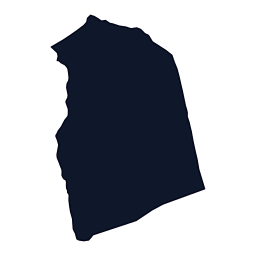 Ar Rusayris, Blue Nile, Sudan (Natural Earth projection)
{"feature_id": "16777658B20285079264513", "entity_name": "Ar Rusayris", "entity_type": "district", "adm_level": 2, "iso_a3": "SDN", "parent_name": "Sudan", "parent_adm1": "Blue Nile", "projection": "natural_earth1", "projection_center": [34.492, 12.166], "detail": "fine", "context": "isolated", "style": "filled", "palette": "ink", "viewbox_px": 256, "rotation_deg": 0, "n_neighbors": 0, "source": "geoboundaries", "source_scale": "gbopen_adm2", "svg_char_len": 1490}
<svg xmlns="http://www.w3.org/2000/svg" viewBox="0 0 256 256"><path d="M90.5,15.4L88.3,17.6L87.6,18.3L86.9,22.2L84.0,25.5L76.7,31.0L73.4,33.3L70.1,35.6L63.0,40.3L61.5,41.2L51.6,46.9L51.5,47.0L53.8,49.1L57.7,52.9L58.3,56.7L58.0,57.5L57.4,60.4L59.0,60.6L60.3,61.8L61.1,62.6L65.1,64.7L66.8,66.6L68.1,68.9L68.8,73.6L69.2,77.8L68.9,80.5L67.2,83.8L66.8,87.6L68.0,93.6L68.3,95.5L67.8,98.1L66.4,100.6L66.1,102.2L68.5,109.1L68.5,113.8L68.1,116.3L65.1,120.0L62.3,125.2L61.8,126.4L58.4,130.9L57.0,133.9L56.1,135.3L56.0,136.2L57.6,140.2L58.9,145.0L57.6,151.9L57.1,154.8L57.4,157.7L59.8,163.6L60.1,164.6L62.0,169.4L62.3,171.7L62.1,175.3L63.1,177.5L63.8,178.5L66.3,180.2L66.6,182.1L66.6,186.7L66.9,188.9L67.6,189.8L67.8,192.5L69.3,194.7L69.1,200.1L69.9,206.7L70.7,211.7L71.7,215.3L72.7,218.9L73.0,223.8L73.2,226.5L73.4,229.0L74.5,231.4L75.5,233.2L77.0,238.8L79.0,239.9L83.7,240.6L88.6,239.9L91.4,236.7L92.7,234.8L136.1,220.4L152.0,209.8L160.5,205.2L163.5,203.7L204.4,188.8L204.5,188.7L204.2,187.8L198.7,169.6L197.7,163.9L196.9,159.2L195.0,151.2L192.7,140.4L192.5,139.2L191.1,131.4L190.0,127.0L189.0,122.5L187.1,116.7L187.1,112.6L186.6,110.2L185.3,105.9L182.0,90.1L181.4,87.7L178.8,76.3L176.9,69.0L174.1,62.1L171.8,55.3L165.7,50.5L152.3,41.9L148.3,35.4L144.6,33.6L140.6,29.5L136.7,28.0L134.0,28.4L131.1,28.9L125.6,27.1L119.3,26.2L112.6,24.0L109.5,23.4L109.3,23.2L105.5,20.6L101.3,21.2L98.4,19.1L95.9,17.6L94.5,16.8L94.2,16.6L90.5,15.4L90.5,15.4Z" fill="#0f172a" stroke="#020617" stroke-width="1.5"/></svg>